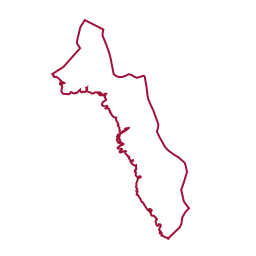 Kanifay, Federated States of Micronesia, rotated 316°
{"feature_id": "79324940B58732194011753", "entity_name": "Kanifay", "entity_type": "district", "adm_level": 2, "iso_a3": "FSM", "parent_name": "Federated States of Micronesia", "parent_adm1": "", "projection": "albers", "projection_center": [138.063, 9.479], "detail": "fine", "context": "isolated", "style": "outline", "palette": "rose", "viewbox_px": 256, "rotation_deg": 316, "n_neighbors": 0, "source": "geoboundaries", "source_scale": "gbopen_adm2", "svg_char_len": 5177}
<svg xmlns="http://www.w3.org/2000/svg" viewBox="0 0 256 256"><g transform="rotate(316 128 128)"><path d="M171.8,20.3L163.7,22.4L152.1,29.8L150.3,31.3L148.9,37.3L124.0,39.2L111.1,36.6L110.9,37.2L111.2,38.3L110.3,39.0L110.3,39.8L111.8,41.3L112.4,43.2L112.6,45.6L112.5,46.9L112.7,47.5L110.7,48.4L109.7,48.9L109.7,49.7L110.2,49.9L111.3,49.7L112.6,49.4L113.1,50.0L113.5,50.8L113.5,51.4L112.7,51.0L112.2,50.7L111.0,50.7L110.3,50.9L109.6,51.4L109.6,51.9L109.4,52.7L108.2,53.6L106.6,54.4L105.4,55.5L105.0,57.1L105.2,58.5L106.3,59.7L107.7,61.1L108.6,62.4L109.7,62.9L110.5,62.7L111.3,62.5L111.6,62.5L112.0,62.6L112.3,63.2L112.4,64.3L113.0,65.5L114.1,66.1L114.6,66.2L115.0,67.0L115.6,67.3L116.1,67.2L116.8,67.0L118.0,67.2L119.0,67.3L119.7,67.0L120.2,67.1L119.6,67.7L119.2,68.5L119.2,69.4L119.6,70.3L120.3,70.3L121.0,70.6L121.3,71.1L121.4,71.7L121.9,72.1L122.6,72.4L122.8,72.4L123.7,72.2L124.5,71.9L125.1,71.5L125.8,70.2L126.1,70.6L126.6,70.6L126.0,71.1L125.1,71.9L124.2,72.7L124.2,73.4L124.2,73.6L124.9,75.1L125.6,76.3L125.8,77.9L126.5,78.5L127.4,79.2L128.3,79.2L128.8,79.4L129.3,79.6L129.8,80.1L130.3,81.2L131.2,81.5L132.0,82.5L132.8,83.2L132.7,83.8L132.2,83.5L131.5,83.0L130.8,82.8L130.6,83.6L130.5,84.6L130.9,85.4L131.6,85.9L132.1,85.7L132.7,85.0L133.0,85.8L132.8,86.7L132.8,87.8L133.2,88.3L134.3,87.7L135.0,87.2L135.4,87.6L136.0,88.2L135.0,88.5L133.6,88.8L133.1,89.7L132.4,90.5L132.3,92.0L131.8,92.5L130.2,92.4L127.9,91.9L127.2,92.2L126.1,92.6L125.2,93.5L125.2,94.5L125.7,94.9L126.0,95.9L126.9,97.3L127.9,97.4L128.2,97.4L128.4,97.7L127.9,98.6L127.2,98.9L126.1,98.6L125.7,98.6L126.0,99.1L127.1,99.8L127.8,101.1L127.4,101.7L126.7,102.2L126.7,103.0L126.8,103.7L126.0,104.0L125.9,105.0L126.1,105.8L125.5,106.5L125.3,108.1L125.4,110.1L125.9,111.5L126.7,112.3L125.9,112.7L125.1,113.8L124.5,115.1L124.5,116.5L123.8,117.4L123.6,119.0L123.1,119.1L122.3,119.2L122.2,120.2L122.2,121.6L121.3,122.3L120.7,123.7L119.7,124.3L119.2,125.2L119.7,126.2L120.6,126.6L121.7,126.7L122.7,127.2L123.4,127.3L124.4,126.9L125.4,126.5L125.9,126.7L125.5,127.2L125.9,127.5L127.2,127.7L128.2,128.0L128.5,128.5L127.3,128.5L125.1,128.3L123.0,127.9L122.4,127.7L121.8,127.4L121.2,127.1L120.5,127.1L119.9,127.2L119.1,127.0L118.6,126.8L118.1,127.0L117.8,126.8L117.2,126.4L116.5,126.1L116.4,126.5L116.6,127.8L116.1,128.1L115.7,127.6L115.7,126.6L115.9,126.0L115.1,126.1L114.2,126.5L113.9,127.3L114.3,128.4L114.8,129.1L114.4,129.8L114.0,130.7L113.8,130.5L113.9,129.0L113.6,128.4L112.8,128.2L112.0,128.4L111.6,129.1L111.4,130.2L110.7,131.3L111.0,132.2L112.0,132.0L112.7,131.8L113.0,132.0L112.7,132.7L113.2,133.5L113.1,134.0L112.3,134.0L111.6,133.9L111.5,134.6L111.9,134.9L112.9,135.1L113.5,135.5L113.6,136.4L112.8,136.4L111.6,136.0L108.7,135.0L106.7,135.1L106.5,135.6L107.5,136.8L107.9,137.5L108.6,137.9L109.0,139.1L108.8,139.4L107.1,139.0L105.7,139.1L105.3,139.9L105.8,140.7L107.0,141.0L110.2,142.8L110.3,143.3L109.2,143.3L108.3,144.6L108.5,146.3L108.5,147.5L108.0,148.3L108.3,148.8L108.9,149.4L108.4,150.1L107.9,150.3L107.5,151.0L107.3,152.3L107.0,153.2L107.7,154.0L109.0,154.5L108.9,154.6L108.8,155.1L107.7,155.0L107.5,154.9L107.3,154.9L107.0,154.9L106.3,154.7L106.0,156.1L106.1,158.1L106.7,159.6L107.7,160.3L107.9,160.4L107.1,161.3L106.5,161.8L105.8,162.8L105.4,163.4L104.5,163.0L103.4,163.4L102.7,164.1L103.3,164.5L102.7,165.1L102.6,165.9L102.0,166.1L100.7,167.4L100.6,168.8L100.7,170.0L101.4,170.6L102.4,170.6L102.7,170.6L103.3,171.4L103.1,172.2L102.5,172.0L102.0,171.9L100.7,171.4L99.8,171.3L98.7,172.1L97.4,172.7L95.9,173.4L95.2,174.0L94.5,174.7L93.8,175.6L93.0,175.9L92.4,176.5L92.5,177.8L92.1,178.4L91.9,178.8L90.6,178.8L90.0,179.6L90.3,180.1L90.5,180.6L90.0,180.8L88.6,181.4L87.9,182.0L88.6,183.2L88.4,184.1L87.9,185.7L87.8,187.4L87.3,188.4L86.5,190.9L86.9,191.5L87.0,192.3L86.4,194.3L85.9,196.7L85.2,200.3L85.5,201.0L85.4,202.6L85.6,203.9L86.4,203.7L86.7,203.0L86.4,201.5L87.0,201.1L87.8,201.9L88.0,203.3L87.2,204.1L86.2,204.3L84.9,205.4L84.8,205.5L84.3,206.4L84.3,207.8L84.9,208.2L85.3,208.9L85.7,209.5L85.5,210.4L85.7,211.2L85.5,212.1L85.3,212.3L85.7,213.2L85.5,213.6L85.4,213.8L84.8,213.9L83.5,214.0L82.7,214.5L81.8,216.7L81.2,217.4L81.1,218.7L82.0,219.3L83.4,218.7L84.1,219.4L84.1,220.5L83.2,221.4L82.8,221.5L81.3,221.9L79.6,222.8L79.3,223.7L79.6,224.6L79.8,225.0L79.4,225.5L78.9,225.4L78.4,225.3L77.7,225.8L78.3,226.8L79.0,227.3L78.1,228.0L77.3,228.7L77.7,229.2L78.3,229.5L78.4,231.3L79.2,233.1L79.4,233.4L80.0,234.2L79.8,235.0L80.1,235.7L80.9,235.6L82.2,235.3L96.1,235.4L100.0,233.9L104.9,230.0L111.1,228.3L116.1,228.1L116.6,223.2L117.1,220.0L117.5,219.0L121.7,212.1L123.2,209.5L131.1,205.5L138.3,201.5L140.2,200.3L144.2,193.5L144.6,192.0L143.9,183.6L143.1,181.2L142.2,176.9L141.5,172.8L141.3,169.4L141.7,166.4L142.8,162.5L144.1,157.2L145.4,153.3L146.1,151.1L146.8,150.5L149.4,148.9L151.8,147.1L153.0,145.0L158.3,133.3L160.2,127.6L161.4,124.3L162.5,121.7L164.5,118.3L169.8,111.4L173.6,105.8L175.6,102.8L175.7,101.6L174.8,100.8L173.5,100.2L169.4,98.2L168.2,95.7L167.1,91.6L165.8,89.8L162.5,88.8L159.4,87.3L156.8,85.0L155.5,82.3L155.1,79.3L161.1,70.1L163.4,66.6L165.3,63.3L167.4,59.3L168.9,55.9L170.0,53.6L173.7,44.3L174.8,42.8L178.7,40.0L171.8,20.3Z" fill="none" stroke="#9f1239" stroke-width="2"/></g></svg>